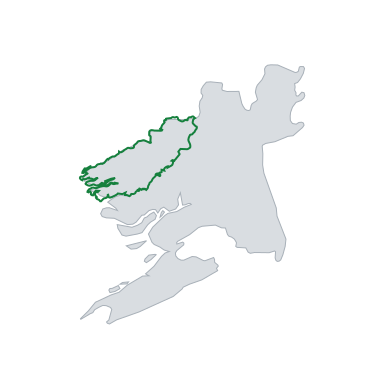 location of Khulna within Bangladesh, rotated 72°
{"feature_id": "BGD-2432", "entity_name": "Khulna", "entity_type": "Division", "adm_level": 1, "iso_a3": "BGD", "parent_name": "Bangladesh", "parent_adm1": "", "projection": "robinson", "projection_center": [89.364, 22.917], "detail": "fine", "context": "in_parent", "style": "outline", "palette": "green", "viewbox_px": 384, "rotation_deg": 72, "n_neighbors": 0, "source": "natural_earth", "source_scale": "10m", "svg_char_len": 9717}
<svg xmlns="http://www.w3.org/2000/svg" viewBox="0 0 384 384"><g transform="rotate(72 192 192)"><path d="M136.4,271.7L136.3,262.6L130.7,244.7L131.0,242.7L129.8,234.1L128.4,229.3L127.7,224.2L131.1,216.8L129.7,215.6L122.2,213.4L121.4,211.5L123.0,204.3L117.6,197.4L115.5,192.3L121.2,175.9L122.7,164.4L122.2,162.2L118.7,159.6L112.5,158.6L108.1,156.4L105.6,153.2L103.4,151.9L100.7,152.8L97.3,151.6L94.4,148.4L92.0,144.4L93.0,140.2L97.5,130.0L99.2,129.7L103.1,131.7L104.6,131.7L107.2,127.7L110.8,116.3L123.3,117.3L126.3,116.9L129.5,116.0L131.2,114.6L132.1,112.7L131.8,111.2L128.0,109.0L126.5,107.4L125.4,102.8L124.3,101.1L116.7,100.9L112.8,98.8L110.6,96.9L106.8,90.7L102.1,86.1L97.5,85.0L95.8,83.5L94.8,81.1L95.4,77.7L97.7,71.2L110.2,57.0L110.5,55.4L110.1,53.6L106.4,51.3L106.2,50.2L107.2,47.2L109.3,46.8L113.6,49.5L117.9,53.9L120.5,57.8L120.6,60.9L124.0,61.5L126.9,62.9L129.8,62.4L131.7,63.2L133.0,62.9L133.5,61.2L131.0,56.7L132.2,54.8L135.1,54.9L137.2,56.6L138.7,60.0L138.9,65.4L142.3,70.2L146.7,73.6L150.2,75.2L154.4,76.4L157.9,75.3L159.7,71.9L158.9,68.9L159.5,66.2L160.9,64.7L163.1,64.8L164.8,66.9L169.7,78.5L168.7,83.6L169.8,97.6L168.6,106.9L169.3,110.4L170.2,111.1L177.5,112.8L188.2,116.5L196.3,117.8L233.2,116.8L241.2,118.6L265.8,117.2L272.5,120.2L279.8,125.0L284.0,128.6L284.7,130.6L284.3,132.4L282.9,133.3L280.4,133.3L274.6,131.0L273.6,131.7L273.6,137.3L268.9,151.2L268.3,155.5L266.6,157.2L261.8,158.1L258.6,166.2L257.3,167.2L254.1,165.4L252.1,165.7L249.6,166.4L247.1,168.3L245.4,170.6L243.4,171.4L236.6,171.3L235.2,175.0L230.7,180.0L227.7,193.0L227.9,197.0L231.8,207.4L234.5,221.0L235.5,222.3L236.8,222.5L236.8,216.3L238.1,215.5L239.7,216.2L243.0,224.5L244.8,226.6L247.7,227.2L250.9,226.0L253.4,223.5L254.3,220.9L253.4,211.8L255.0,208.1L260.6,202.5L261.4,200.9L261.0,191.7L263.1,191.4L265.9,192.2L269.5,190.0L270.6,189.9L272.1,192.3L274.7,191.9L278.6,209.9L278.9,222.7L279.8,229.8L281.2,231.4L285.5,242.0L289.7,279.4L290.3,303.2L292.0,311.3L290.6,313.1L289.2,313.4L288.0,310.6L278.9,304.6L276.6,305.2L273.6,308.7L272.3,311.9L272.9,316.5L273.9,321.0L276.1,323.6L276.3,326.4L278.7,337.1L278.0,337.2L273.1,327.4L267.0,317.9L264.9,300.7L264.8,292.3L260.6,282.3L256.7,264.9L258.4,258.8L255.5,261.5L250.9,251.1L243.8,240.9L241.7,236.4L241.6,232.0L238.6,236.4L234.5,239.5L230.2,244.2L227.4,245.6L218.5,246.4L213.3,240.2L205.9,224.9L204.9,221.5L205.9,212.5L204.1,204.0L203.6,196.5L202.3,197.2L201.8,199.2L202.1,202.4L201.5,205.0L189.1,203.3L194.4,207.8L200.1,208.8L203.1,212.8L203.3,219.5L197.7,223.5L198.2,226.9L201.4,231.0L197.5,232.1L196.4,234.8L196.4,238.7L199.1,244.5L198.6,246.9L203.4,254.5L204.3,258.2L203.1,263.4L193.0,274.0L190.1,281.5L187.6,285.0L184.4,285.6L180.6,282.1L180.6,278.4L181.4,275.5L186.6,268.6L183.8,269.5L175.6,275.3L174.0,270.6L172.9,266.2L172.9,260.9L176.9,253.0L172.4,257.0L171.2,261.9L171.7,267.7L171.1,271.9L169.4,277.3L167.0,280.5L163.1,282.6L161.4,285.8L158.8,288.1L157.9,277.2L155.1,262.6L154.5,265.7L155.9,274.8L155.9,280.7L153.8,285.4L149.5,290.4L146.2,291.1L144.3,290.4L138.2,282.8L137.7,275.7L136.4,271.7ZM211.3,271.9L203.7,273.7L199.9,273.2L207.0,260.0L206.8,254.1L205.7,249.3L202.0,245.4L201.8,242.6L200.2,238.9L199.3,234.5L203.4,233.1L206.6,235.6L207.8,240.6L209.5,244.3L215.2,252.1L215.1,256.8L213.6,268.4L211.3,271.9ZM227.5,267.6L222.9,271.1L224.3,250.3L227.8,258.1L228.7,262.2L227.5,267.6ZM245.1,257.2L243.1,258.7L241.2,257.4L238.7,252.5L239.9,246.3L240.6,245.5L243.6,251.8L245.1,257.2ZM262.3,301.1L259.6,301.4L258.4,299.9L259.0,297.8L258.2,291.0L261.6,290.4L262.8,296.0L262.3,301.1ZM259.3,282.3L257.4,289.0L256.6,286.0L257.9,280.1L259.3,282.3ZM205.3,228.1L206.1,230.2L201.9,227.4L200.7,225.5L202.6,224.4L205.3,228.1Z" fill="#d9dde1" stroke="#a8b0b8" stroke-width="1"/><path d="M136.8,269.9L137.5,268.8L137.4,267.6L137.2,266.6L136.8,265.8L134.9,263.1L134.5,262.1L135.2,261.6L134.4,260.3L134.2,259.7L133.7,257.0L133.7,256.5L133.8,256.0L134.2,255.3L134.3,254.9L134.1,253.8L133.3,251.8L132.9,249.9L132.4,249.5L131.0,248.9L132.0,248.2L132.3,247.0L132.1,245.7L131.7,244.4L131.1,243.3L130.8,241.6L130.3,240.1L130.2,239.2L130.5,238.5L131.4,237.1L131.8,235.5L131.9,234.5L131.8,233.8L131.3,233.3L130.0,232.9L129.5,232.2L128.6,229.9L128.2,229.1L127.3,228.0L127.2,227.4L127.2,226.4L127.6,225.0L127.7,222.4L128.3,221.2L130.7,218.5L131.8,217.4L132.2,217.0L132.4,216.4L132.4,216.0L132.2,215.8L131.0,215.8L130.6,215.7L127.2,214.4L126.5,214.2L125.9,214.3L125.3,214.9L124.9,215.1L124.5,215.1L121.6,214.1L121.0,213.5L120.6,212.6L120.6,211.5L121.0,210.5L122.0,208.7L124.1,202.7L124.2,201.7L123.7,201.1L123.1,201.6L122.6,202.5L122.0,202.7L121.4,201.3L120.9,201.1L119.7,200.2L118.9,199.3L117.9,197.4L117.3,196.6L116.9,196.6L116.1,196.7L115.6,196.5L115.2,196.0L115.2,195.6L115.3,195.3L115.4,194.6L115.2,194.4L114.7,194.3L114.3,194.1L114.3,193.6L115.2,189.0L115.1,188.5L114.8,187.8L114.8,187.3L115.0,186.7L115.7,185.7L115.9,185.1L115.9,184.6L115.8,183.7L115.9,183.3L116.6,182.7L117.5,182.6L118.4,182.7L119.2,182.5L119.8,182.0L121.4,180.3L121.8,179.7L122.0,178.8L121.8,177.8L121.6,176.8L121.3,176.2L121.8,175.2L122.3,174.5L122.3,174.1L121.3,173.8L121.1,173.2L120.3,172.4L120.1,171.8L120.4,170.3L120.5,169.7L120.3,168.7L120.3,168.2L120.5,167.6L121.0,167.2L122.6,166.4L122.6,166.8L122.8,167.2L123.5,168.3L123.7,168.6L124.8,169.2L125.8,169.8L126.6,170.0L127.4,169.8L130.2,168.4L130.8,168.0L131.2,167.4L131.7,167.3L132.5,167.6L133.2,168.1L134.2,169.6L135.8,171.2L136.2,172.4L137.0,173.6L137.2,174.1L137.2,174.6L137.0,175.7L137.1,176.2L137.6,176.7L139.2,178.2L140.2,178.8L141.1,179.3L142.3,179.5L145.9,179.1L147.0,179.2L148.1,179.5L149.1,180.0L149.7,181.9L149.8,182.4L149.8,183.4L147.5,189.6L147.7,190.0L149.4,192.5L150.7,192.4L151.4,192.1L152.0,192.1L152.4,192.3L155.0,196.4L155.5,197.1L155.8,197.6L156.3,198.7L156.7,199.0L156.9,199.2L156.5,199.7L155.7,200.4L155.7,201.1L156.0,201.7L156.6,200.7L157.9,200.8L159.2,201.6L160.1,202.4L160.5,203.4L161.3,207.6L160.7,207.3L160.4,206.9L160.1,206.9L160.1,208.5L160.7,210.4L161.8,211.7L163.1,211.7L162.6,212.5L161.7,213.4L161.4,214.1L163.7,214.8L163.8,215.7L163.6,216.7L164.3,217.6L164.8,217.7L165.6,217.0L166.1,216.9L166.7,217.2L166.9,217.6L166.8,218.1L166.2,218.3L166.0,218.5L165.3,219.5L165.0,220.2L164.5,220.0L163.7,219.3L163.6,219.8L163.8,220.7L164.0,221.0L164.4,221.3L165.1,221.5L165.5,221.7L165.9,222.4L167.0,224.8L167.7,225.7L169.1,227.0L169.6,227.9L170.1,229.3L170.3,229.6L171.4,230.3L172.6,231.7L174.4,232.7L175.0,233.4L175.9,234.9L175.2,235.4L174.7,235.4L174.6,235.5L174.2,236.3L174.6,236.7L174.6,236.9L174.5,237.1L173.8,237.5L173.7,237.8L173.7,238.4L173.8,238.6L174.2,238.9L174.4,239.1L174.4,239.3L174.2,239.5L172.9,240.5L172.5,241.0L172.8,241.4L173.9,241.5L174.2,241.6L174.5,242.0L174.5,242.4L174.4,242.7L174.3,242.8L174.1,242.8L173.7,242.7L173.2,242.9L173.2,243.1L174.0,244.0L174.5,245.5L175.2,246.0L175.5,246.3L175.6,246.6L175.8,247.4L175.8,248.5L175.2,250.0L175.2,250.5L175.4,250.9L176.1,251.3L176.3,251.7L176.6,252.8L175.2,254.3L174.6,255.2L174.4,255.9L174.1,256.7L173.3,256.5L172.0,255.4L172.1,256.5L172.5,258.2L172.3,259.2L170.5,263.0L171.1,264.0L171.5,265.8L172.0,269.2L172.1,271.0L172.0,271.8L171.6,272.5L170.9,272.9L170.2,272.8L169.6,272.6L168.7,272.6L168.7,273.0L169.7,273.4L170.4,273.9L170.9,274.7L171.1,275.9L170.9,277.3L170.9,277.8L171.0,278.3L171.6,279.3L172.0,280.2L172.4,280.8L172.7,281.4L172.4,282.2L171.1,282.6L170.0,283.6L169.5,284.4L168.3,285.0L167.8,285.1L167.6,284.8L167.4,284.1L166.8,284.3L166.2,284.7L165.6,285.0L164.9,285.0L164.1,284.8L163.4,284.5L162.8,284.0L162.5,283.1L162.5,282.5L162.9,281.6L162.8,281.2L162.2,280.2L161.0,283.0L161.5,283.9L162.3,285.1L163.3,286.3L164.2,286.7L164.6,287.2L164.1,288.2L163.1,288.9L162.1,288.6L161.6,288.3L161.1,288.3L160.0,288.5L159.9,288.8L160.4,290.5L159.6,291.4L158.7,290.8L157.5,288.8L157.5,287.9L157.0,285.8L157.2,284.7L157.5,284.0L158.3,283.0L158.6,282.2L158.8,281.4L158.6,277.8L158.9,274.9L159.2,273.8L160.2,271.8L160.4,270.7L160.3,269.7L159.9,268.6L159.4,267.7L158.8,266.9L158.8,266.2L160.1,264.4L160.4,263.5L160.5,262.4L160.6,261.4L160.9,260.4L161.3,259.5L160.8,259.9L160.4,260.6L159.8,261.9L159.3,262.5L159.2,262.9L159.6,264.1L159.3,264.5L158.5,265.2L158.0,266.1L158.0,266.8L158.9,268.5L159.2,269.1L159.3,269.6L159.3,270.7L159.2,271.3L158.7,272.3L158.3,276.0L158.1,276.7L157.3,277.2L156.9,276.4L156.9,274.2L157.0,273.7L157.4,272.6L157.4,272.0L155.5,267.0L155.4,265.9L155.6,263.7L155.5,262.7L155.1,261.6L154.8,261.6L154.4,264.9L154.8,271.3L155.1,271.3L155.1,270.6L155.4,269.9L155.6,269.5L155.9,270.7L156.1,271.4L156.6,272.4L156.6,273.1L156.2,274.4L156.0,274.6L155.5,274.7L155.4,274.9L155.4,275.2L155.7,275.7L155.9,276.3L156.4,277.5L156.7,278.0L156.8,278.3L156.4,281.0L155.9,281.6L154.8,282.6L154.3,283.5L154.3,284.2L154.5,286.2L154.4,287.4L153.9,288.4L153.4,289.1L151.8,290.6L151.3,290.7L150.2,289.3L149.9,288.6L149.9,287.3L150.0,285.0L150.3,284.1L150.8,282.6L150.9,281.4L150.7,280.4L149.9,278.7L149.7,277.8L149.4,277.8L149.2,278.6L149.3,279.2L149.6,279.9L149.7,280.6L149.7,281.4L149.6,281.8L148.4,283.2L148.1,283.7L147.2,286.0L146.8,285.4L146.5,285.4L146.5,286.6L146.9,288.6L146.8,289.8L146.0,291.6L146.1,292.1L147.0,292.6L146.5,293.2L145.8,293.8L144.9,294.2L144.1,294.3L143.3,293.8L143.0,292.9L143.2,292.0L143.6,291.6L143.7,291.0L142.4,286.9L142.3,285.9L142.1,285.7L141.7,286.0L141.3,286.5L141.1,286.9L140.8,287.1L140.3,287.0L139.3,286.4L138.9,286.0L138.7,285.7L137.6,281.6L137.5,280.7L137.6,279.7L138.1,277.6L138.1,276.4L137.8,275.4L136.8,273.9L136.6,273.2L136.9,270.8L136.8,269.9ZM138.2,286.8L140.2,288.1L140.4,289.5L139.9,290.4L138.6,289.6L136.4,286.8L136.4,286.6L136.6,286.3L136.9,285.4L136.9,284.4L136.5,282.7L136.3,281.9L136.1,281.1L136.1,280.6L136.6,280.6L136.8,280.7L137.1,281.2L137.2,281.9L137.7,285.3L138.2,286.8Z" fill="none" stroke="#15803d" stroke-width="2"/></g></svg>